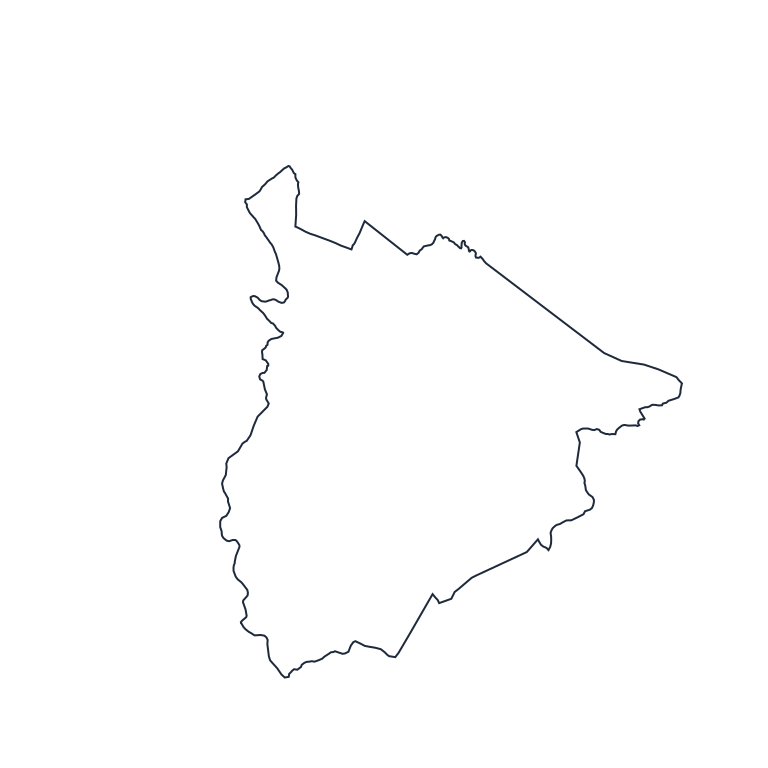 Santiago Amoltepec, Oaxaca, Mexico (Equal Earth projection), rotated 327°
{"feature_id": "50627088B22821313944605", "entity_name": "Santiago Amoltepec", "entity_type": "district", "adm_level": 2, "iso_a3": "MEX", "parent_name": "Mexico", "parent_adm1": "Oaxaca", "projection": "equal_earth", "projection_center": [-97.519, 16.649], "detail": "fine", "context": "isolated", "style": "outline", "palette": "slate", "viewbox_px": 768, "rotation_deg": 327, "n_neighbors": 0, "source": "geoboundaries", "source_scale": "gbopen_adm2", "svg_char_len": 6166}
<svg xmlns="http://www.w3.org/2000/svg" viewBox="0 0 768 768"><g transform="rotate(327 384 384)"><path d="M249.8,617.4L269.8,607.4L310.3,586.7L310.8,591.0L311.4,594.6L310.9,597.8L323.5,600.8L330.0,596.9L334.1,596.6L352.0,594.3L356.9,594.8L412.3,602.7L428.5,598.1L428.2,601.2L428.1,604.4L429.1,607.2L431.0,609.9L431.5,612.9L434.7,611.1L437.2,608.8L439.6,605.4L441.1,602.9L442.6,599.6L444.7,598.0L446.9,596.8L450.6,596.2L452.4,596.3L455.1,597.2L459.2,597.4L462.8,597.8L466.8,600.3L470.4,600.8L474.3,601.3L478.6,601.7L480.3,601.9L483.3,600.2L488.1,601.5L490.6,601.4L493.2,599.8L495.2,597.9L496.9,595.7L497.3,592.4L495.6,588.1L495.5,585.6L495.5,583.0L497.5,578.7L498.2,576.1L499.5,574.9L500.6,572.4L501.1,569.5L501.1,565.5L501.0,562.3L500.8,557.4L516.4,539.7L519.1,529.1L524.7,529.2L526.8,529.8L528.4,530.9L531.0,532.6L533.6,535.8L535.1,537.1L537.9,537.7L539.6,539.7L539.6,542.0L540.8,543.9L542.7,546.6L544.4,547.8L545.7,549.2L547.9,550.1L550.7,552.1L552.7,550.2L554.7,549.2L558.0,548.7L560.9,548.5L563.0,549.1L564.4,550.2L565.8,551.6L567.7,552.9L572.6,555.8L573.7,557.3L575.6,557.6L575.7,555.4L577.1,553.8L579.3,553.3L581.4,554.2L582.5,555.3L583.7,555.0L583.9,546.6L584.5,544.3L590.3,545.7L592.3,546.9L594.1,547.4L597.6,547.5L600.3,549.4L602.3,551.3L605.5,553.3L607.2,552.3L610.7,553.5L613.5,553.0L618.7,554.5L621.3,555.1L623.6,555.6L625.3,554.8L627.6,553.0L629.5,550.5L631.3,548.6L633.6,546.3L634.2,545.8L633.3,541.2L633.0,537.5L622.2,521.3L612.7,509.4L595.9,494.2L585.5,478.0L535.4,338.5L534.9,335.6L534.8,332.6L534.3,329.8L533.0,329.9L531.9,329.6L530.9,328.8L530.0,328.0L530.3,326.8L531.0,325.7L532.1,324.7L532.4,323.9L532.4,322.6L532.2,321.2L531.4,320.0L530.5,319.3L529.2,319.1L528.5,319.6L527.8,319.4L527.8,318.5L528.5,317.0L529.1,315.2L527.8,312.4L527.7,311.4L528.0,310.4L529.1,309.2L529.1,307.6L528.0,307.0L526.1,307.9L524.4,310.1L523.3,311.8L522.5,312.2L521.7,311.3L521.4,309.7L521.1,308.8L521.0,307.6L520.3,306.2L519.8,305.0L519.7,303.3L518.1,300.7L517.3,299.7L516.9,299.2L517.5,297.9L517.2,296.5L516.3,294.9L514.9,294.0L513.8,293.8L513.0,294.0L512.8,292.9L513.0,291.5L512.7,289.5L511.6,288.8L510.1,288.6L508.8,288.5L507.6,288.8L506.6,289.4L505.5,290.6L504.4,291.0L503.4,291.7L502.5,292.4L501.7,292.5L500.5,292.9L499.4,292.8L498.4,292.7L496.5,291.8L492.4,290.3L490.7,290.8L489.1,291.5L486.6,291.6L484.3,292.8L482.0,293.0L480.1,291.0L478.9,289.4L476.6,288.3L473.9,288.3L456.5,236.9L455.6,237.4L445.5,244.3L443.1,245.6L441.5,246.5L440.0,247.4L436.4,249.7L434.8,250.4L433.4,250.6L431.7,252.1L430.0,253.4L426.4,248.6L423.2,244.4L420.1,239.4L416.9,234.8L407.2,221.8L403.7,217.5L400.8,213.0L398.9,209.4L397.0,206.1L395.4,203.7L402.4,194.4L407.4,186.5L411.6,180.7L413.8,179.0L416.3,178.4L417.5,176.3L418.1,175.0L418.9,172.8L419.9,170.9L420.7,169.5L422.1,168.1L421.7,165.9L422.2,162.5L422.9,161.4L424.0,159.7L423.3,158.3L423.4,156.5L423.7,154.4L423.4,152.1L423.4,150.1L422.6,149.1L421.6,149.1L419.9,149.1L417.7,148.8L414.0,149.4L412.2,149.7L409.8,149.8L406.9,150.2L404.0,150.9L401.8,150.6L396.6,150.6L394.2,151.4L392.6,151.8L389.1,152.3L386.3,153.8L384.4,154.6L379.8,154.9L371.5,155.2L368.5,153.7L366.6,155.9L366.8,158.7L365.3,161.0L364.7,166.6L364.7,168.1L365.3,171.7L365.4,172.8L365.9,175.4L365.7,181.5L365.5,183.1L365.4,184.4L365.1,185.6L364.8,188.0L365.2,189.2L365.4,190.4L365.4,192.4L365.0,194.3L365.3,196.5L365.3,198.6L365.4,200.1L365.5,203.9L365.8,205.4L365.7,207.4L365.6,209.0L364.5,213.6L364.2,216.0L361.9,223.6L360.5,227.7L359.0,230.4L357.4,232.0L352.0,235.9L349.8,238.6L350.2,241.2L352.1,245.4L353.5,250.8L353.4,251.2L353.7,251.8L353.1,254.9L352.2,256.4L351.5,257.8L351.0,258.6L350.3,259.1L349.1,259.4L348.0,259.6L346.9,260.0L346.2,260.6L345.4,260.8L344.4,261.1L343.1,260.6L342.0,259.9L341.5,259.1L340.6,257.9L339.9,256.7L339.6,255.7L338.9,254.4L337.9,253.1L336.8,252.4L335.7,252.1L334.3,251.8L333.1,251.3L331.3,251.0L329.8,250.5L328.6,249.8L327.5,248.8L326.4,247.8L325.8,246.5L325.4,245.5L325.3,244.0L325.0,242.6L324.3,241.4L323.6,240.1L322.5,239.1L321.3,238.8L320.3,238.6L319.4,238.6L318.5,240.2L318.2,242.1L318.0,242.8L317.8,244.4L317.8,245.6L318.0,247.4L318.5,248.9L319.2,250.4L319.8,252.0L320.2,254.3L320.7,256.4L321.3,258.5L321.4,260.0L321.5,261.4L321.5,263.8L321.4,265.4L321.9,267.4L322.3,269.4L322.6,271.3L323.8,272.7L324.1,274.2L324.4,276.2L324.1,277.6L324.3,279.1L324.6,280.7L325.1,282.7L325.7,284.0L326.3,284.6L327.2,285.5L327.3,286.2L324.1,287.8L320.3,287.4L314.1,284.9L310.9,284.9L309.1,285.7L307.6,287.7L306.0,287.8L304.7,288.9L302.6,289.2L300.2,289.4L299.1,290.7L298.3,292.6L295.8,297.0L297.7,299.7L297.9,304.1L296.9,305.6L295.8,305.3L293.2,308.4L289.8,309.5L288.2,308.6L285.7,308.3L283.5,309.7L282.6,312.6L283.9,315.0L284.1,316.2L281.2,323.6L280.2,328.9L277.4,331.5L276.9,332.7L276.7,337.6L273.8,339.6L260.3,342.5L252.1,348.0L244.1,354.3L237.9,356.9L235.5,356.7L232.8,356.9L224.9,360.9L213.2,361.5L208.4,364.8L206.7,368.1L201.7,374.2L196.3,377.2L193.9,379.4L192.0,384.4L191.2,387.0L191.3,388.5L190.8,395.2L189.2,397.5L187.3,404.3L184.1,406.8L179.9,408.7L175.3,408.1L171.9,409.9L168.7,414.8L167.6,419.1L166.0,421.9L165.9,422.1L165.5,423.3L165.5,426.0L166.8,429.8L168.5,431.5L172.1,432.4L174.5,434.0L175.0,435.9L175.0,440.2L174.2,441.8L166.1,447.6L162.1,451.7L161.1,453.1L159.4,454.2L157.8,456.0L156.0,458.9L154.7,464.8L154.9,468.2L156.3,472.3L156.7,475.2L157.2,482.3L156.2,484.9L154.4,487.1L148.2,488.8L146.9,490.1L145.1,497.6L142.6,503.5L141.5,504.5L135.9,505.2L134.6,505.9L134.3,505.8L133.8,506.7L134.0,507.4L133.8,511.3L134.3,514.3L135.6,518.2L137.1,521.0L138.5,524.3L141.3,525.9L143.7,527.2L146.6,529.9L147.4,532.5L147.0,535.3L144.4,538.8L142.0,543.8L139.1,549.7L138.0,553.8L138.5,557.3L139.6,564.0L139.8,571.8L140.9,576.1L144.6,577.7L146.7,575.4L148.7,575.1L150.6,574.5L153.2,574.2L155.7,576.4L160.2,576.1L162.1,574.7L165.3,574.5L167.5,574.8L169.8,576.0L172.5,577.2L174.5,579.0L178.9,580.1L182.6,580.7L185.6,580.2L187.8,580.2L191.0,580.2L193.4,580.1L195.7,581.3L197.3,581.4L199.8,584.6L202.3,587.7L204.4,588.7L208.3,589.2L213.6,585.4L217.6,583.8L219.9,584.1L222.8,588.8L225.3,593.2L228.6,596.4L233.0,600.4L236.9,604.7L238.6,609.7L239.1,612.4L240.0,615.0L244.7,619.2L249.8,617.4Z" fill="none" stroke="#1e293b" stroke-width="2"/></g></svg>